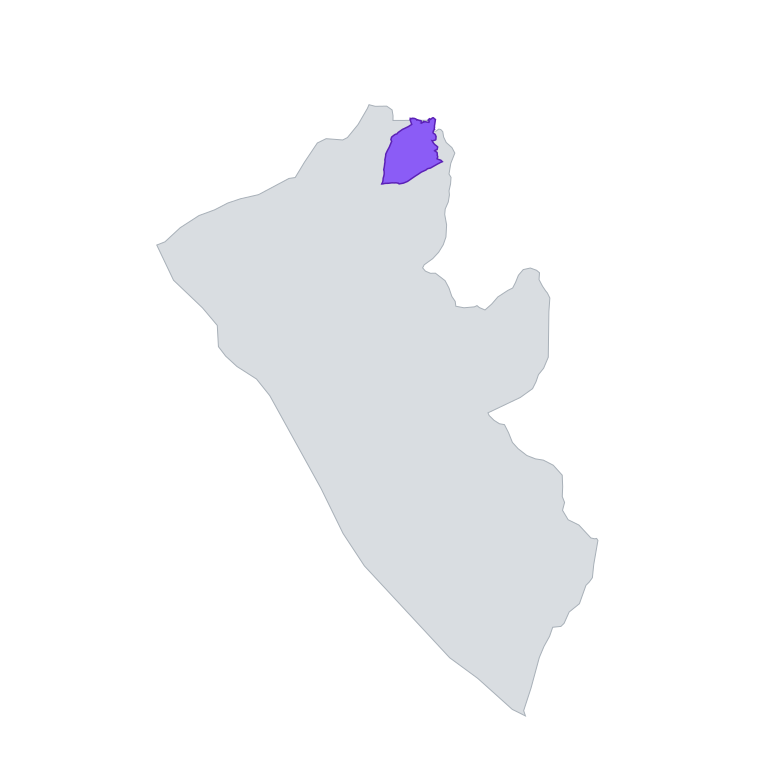 Voinjama, Lofa, Liberia (highlighted), rotated 19°
{"feature_id": "62588387B81783560061544", "entity_name": "Voinjama", "entity_type": "district", "adm_level": 2, "iso_a3": "LBR", "parent_name": "Liberia", "parent_adm1": "Lofa", "projection": "mercator", "projection_center": [-9.823, 8.242], "detail": "fine", "context": "in_parent", "style": "filled", "palette": "violet", "viewbox_px": 768, "rotation_deg": 19, "n_neighbors": 0, "source": "geoboundaries", "source_scale": "gbopen_adm2", "svg_char_len": 4192}
<svg xmlns="http://www.w3.org/2000/svg" viewBox="0 0 768 768"><g transform="rotate(19 384 384)"><path d="M123.9,326.6L130.6,320.9L140.4,302.6L154.2,285.0L167.1,274.5L177.3,263.8L188.1,255.5L203.6,245.9L227.2,220.6L232.8,217.7L236.6,200.1L242.5,177.8L249.4,170.9L265.5,166.7L269.2,162.9L275.0,147.1L278.6,128.8L278.9,124.8L285.3,124.3L296.1,120.4L302.4,122.2L305.2,127.4L306.7,131.9L339.5,120.4L342.4,118.1L344.2,118.5L348.3,128.8L350.7,128.2L352.7,125.2L354.8,124.9L357.4,126.3L360.0,131.1L364.2,135.4L371.3,138.4L375.8,142.6L375.3,153.6L377.1,164.3L380.1,166.8L381.8,173.2L382.6,180.2L384.3,183.9L385.5,191.0L384.9,198.6L386.2,203.9L391.4,213.2L394.7,224.8L394.7,233.0L392.8,241.6L389.3,249.5L383.2,258.2L382.7,261.6L386.4,263.8L391.9,264.2L396.5,262.5L408.1,266.4L414.2,272.1L419.6,279.1L424.4,282.7L426.6,287.1L434.8,285.9L444.4,281.6L446.4,279.6L449.3,280.7L455.4,281.1L459.8,273.4L463.3,264.6L470.7,255.1L474.4,251.4L475.3,245.2L475.7,237.4L478.4,230.5L484.6,226.7L491.2,226.8L494.8,228.2L496.6,234.8L502.0,239.9L506.5,243.3L508.9,244.8L512.8,248.7L516.4,262.1L530.6,305.2L529.8,317.1L527.0,324.9L527.0,332.5L526.0,340.0L517.3,352.3L491.7,377.4L493.7,379.6L499.8,382.5L506.0,384.0L511.1,383.2L517.6,389.5L524.4,397.4L531.8,401.5L542.3,405.1L551.5,405.5L559.4,404.1L570.5,405.7L582.2,412.2L586.4,423.0L589.2,432.4L593.3,437.2L593.9,445.3L602.3,452.4L614.2,453.9L629.7,462.2L633.6,461.8L635.3,460.8L637.2,462.3L641.1,486.5L644.1,499.3L642.5,504.5L640.5,508.6L640.3,528.1L633.3,539.3L632.2,551.6L630.2,555.6L622.7,559.1L622.7,568.6L620.7,580.0L619.9,592.1L622.0,623.7L622.4,647.4L625.8,651.8L611.2,649.9L568.4,631.8L535.3,621.5L424.7,562.4L394.0,538.7L358.6,503.4L279.8,432.2L261.8,420.8L239.2,415.3L225.2,409.2L215.3,402.6L207.3,382.9L187.6,371.1L151.2,354.4L123.9,326.6Z" fill="#d9dde1" stroke="#a8b0b8" stroke-width="1"/><path d="M333.1,189.9L336.9,187.8L337.1,187.6L337.6,187.2L340.3,184.8L343.8,180.0L343.9,179.9L345.9,177.2L347.9,174.7L349.1,173.1L350.3,171.5L350.6,171.2L352.1,169.8L352.8,169.1L354.0,168.0L355.1,166.2L355.5,166.0L356.6,165.3L357.6,164.7L362.1,159.6L363.7,157.8L364.0,157.6L365.3,156.1L366.8,154.8L366.0,154.4L364.9,153.9L364.0,153.9L361.7,153.9L360.9,153.8L360.9,153.7L360.8,153.3L360.9,152.0L360.6,151.2L359.9,150.5L359.7,149.9L359.7,149.7L359.3,148.8L358.8,147.8L356.9,147.2L355.9,147.0L356.0,146.8L356.2,146.4L357.1,145.7L357.9,145.0L357.8,144.2L357.6,142.4L356.0,141.7L354.4,141.2L353.0,140.5L351.7,139.6L350.4,138.4L350.5,138.4L350.7,138.2L352.0,137.4L352.2,137.2L353.1,136.6L353.4,136.1L353.4,135.9L353.1,134.7L352.8,133.6L352.1,132.4L351.7,132.3L352.0,132.3L351.4,131.6L350.5,131.1L349.1,130.9L348.8,130.6L348.7,130.5L348.5,130.3L348.3,129.1L348.3,128.4L348.5,127.6L348.9,126.8L348.5,126.5L348.2,125.4L348.2,124.8L348.2,124.7L347.7,123.8L347.6,123.1L347.3,121.3L346.5,117.1L345.5,116.9L344.7,116.5L344.1,116.2L343.3,116.5L343.0,116.8L342.6,117.6L342.3,117.9L341.9,118.7L340.8,118.3L340.2,119.2L340.0,119.3L339.9,119.8L340.4,119.6L340.7,120.0L340.5,120.4L341.3,121.0L341.3,121.9L341.3,122.0L340.0,122.3L336.1,122.8L336.3,123.6L335.3,123.8L335.1,124.5L334.7,125.1L334.2,125.1L334.6,124.6L334.1,124.3L333.3,123.0L332.5,123.1L332.1,123.3L331.8,123.3L331.3,123.2L330.8,123.3L330.2,123.3L329.8,123.2L329.1,123.7L328.8,123.3L328.0,123.1L327.3,123.0L326.4,123.0L325.5,123.1L325.1,123.5L324.5,123.4L324.2,123.8L323.1,124.1L323.0,124.7L323.0,124.9L322.4,124.6L322.5,125.4L324.4,127.9L325.7,129.5L325.2,130.2L324.5,131.0L323.7,132.1L323.2,132.7L321.6,134.3L321.2,134.7L320.4,135.5L319.6,136.3L318.6,137.2L318.3,137.6L317.9,138.2L315.5,141.5L314.7,143.5L313.4,144.2L313.3,144.4L312.9,144.9L312.8,145.0L311.9,146.3L310.8,148.1L310.9,150.3L310.9,150.6L312.3,152.2L312.2,153.0L312.1,154.2L312.1,154.9L311.9,157.9L311.9,158.2L311.3,161.7L311.2,162.4L311.1,163.2L310.8,166.1L311.3,167.8L311.8,171.4L311.8,171.6L312.7,173.8L312.9,175.6L313.0,175.7L313.0,175.8L313.6,178.7L314.0,181.6L314.7,182.5L315.4,184.2L315.8,185.4L316.1,187.4L316.2,189.7L316.4,190.4L316.8,192.1L317.0,193.8L316.8,194.8L316.7,195.1L316.7,195.6L317.9,195.1L319.6,194.0L323.0,192.7L326.0,191.2L328.3,190.5L330.0,189.8L332.3,189.5L333.1,189.9Z" fill="#8b5cf6" stroke="#5b21b6" stroke-width="1.5"/></g></svg>